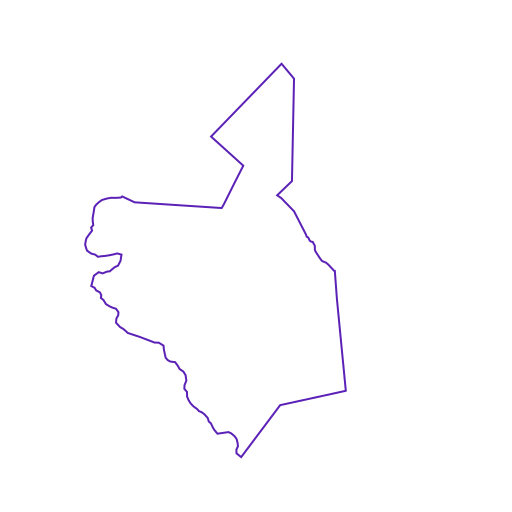 San Lucas Camotlán, Oaxaca, Mexico (Albers equal-area conic projection), rotated 310°
{"feature_id": "50627088B23894321184997", "entity_name": "San Lucas Camotlán", "entity_type": "district", "adm_level": 2, "iso_a3": "MEX", "parent_name": "Mexico", "parent_adm1": "Oaxaca", "projection": "albers", "projection_center": [-95.705, 16.936], "detail": "fine", "context": "isolated", "style": "outline", "palette": "violet", "viewbox_px": 512, "rotation_deg": 310, "n_neighbors": 0, "source": "geoboundaries", "source_scale": "gbopen_adm2", "svg_char_len": 1871}
<svg xmlns="http://www.w3.org/2000/svg" viewBox="0 0 512 512"><g transform="rotate(310 256 256)"><path d="M419.7,152.0L318.6,144.8L317.0,188.2L297.1,192.8L275.1,198.1L270.7,198.9L219.1,128.5L215.6,115.2L213.9,114.9L210.1,110.9L207.6,107.7L204.4,105.0L199.9,102.0L195.9,101.0L192.4,100.6L189.6,100.8L184.7,103.8L180.0,106.5L177.7,108.6L175.0,111.5L171.8,111.4L170.1,114.1L165.4,114.3L160.6,114.7L158.1,115.9L154.9,117.8L153.1,120.4L151.5,123.1L151.9,128.1L153.7,132.0L153.8,135.4L156.6,137.9L159.1,140.4L162.2,143.1L165.6,145.8L168.8,148.1L170.6,152.1L168.0,153.6L165.3,155.3L159.9,156.5L156.5,154.9L150.2,153.8L148.3,151.9L144.1,149.7L142.5,145.9L136.7,144.5L131.2,147.2L127.1,149.1L127.9,152.8L126.9,155.7L127.8,159.8L126.6,162.6L124.2,164.1L124.2,167.5L122.7,172.0L123.4,176.5L124.2,179.3L125.6,182.7L124.5,186.8L121.9,188.6L118.4,189.2L114.9,191.7L114.2,197.5L114.8,201.2L114.8,204.3L114.6,207.2L119.2,218.7L124.5,234.0L127.1,237.2L127.9,242.8L125.4,245.3L122.5,248.9L120.0,252.2L119.5,255.2L120.1,258.3L122.7,262.3L121.5,267.1L120.3,270.1L120.8,274.7L119.4,278.7L115.7,282.8L111.2,284.2L108.2,286.5L107.5,290.5L104.0,293.6L102.3,296.9L101.1,300.5L100.6,304.5L100.9,309.3L100.5,311.9L101.4,314.8L101.6,318.2L100.9,323.1L98.9,326.2L98.8,329.1L96.9,333.2L96.0,335.8L95.1,340.7L99.7,344.8L103.4,348.1L104.2,351.0L104.2,355.5L103.3,358.8L101.2,361.8L98.6,364.5L95.1,365.4L92.3,367.9L92.4,373.9L92.7,373.9L157.1,370.4L157.3,370.4L210.4,411.4L210.7,411.2L275.1,345.6L295.0,326.2L294.8,326.1L295.9,316.9L295.9,313.8L295.0,311.2L294.6,309.6L295.1,307.7L295.5,306.0L296.7,302.0L297.8,298.5L298.5,297.2L299.8,296.1L301.7,294.4L302.6,292.0L303.3,290.4L302.8,289.7L302.4,288.8L302.3,287.3L303.7,284.3L303.4,282.3L304.5,280.6L314.7,256.4L316.6,238.0L316.1,233.2L336.5,235.4L382.8,198.1L416.2,171.2L416.3,171.1L419.7,152.0Z" fill="none" stroke="#5b21b6" stroke-width="2"/></g></svg>